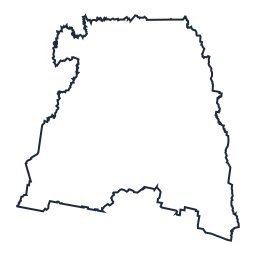 the district of Glen Innes Severn, New South Wales, Australia, rotated 180°
{"feature_id": "25037944B18987498065819", "entity_name": "Glen Innes Severn", "entity_type": "district", "adm_level": 2, "iso_a3": "AUS", "parent_name": "Australia", "parent_adm1": "New South Wales", "projection": "equal_earth", "projection_center": [152.111, -29.631], "detail": "fine", "context": "isolated", "style": "outline", "palette": "slate", "viewbox_px": 256, "rotation_deg": 180, "n_neighbors": 0, "source": "geoboundaries", "source_scale": "gbopen_adm2", "svg_char_len": 5818}
<svg xmlns="http://www.w3.org/2000/svg" viewBox="0 0 256 256"><g transform="rotate(180 128 128)"><path d="M199.9,217.5L199.4,214.8L201.6,214.0L202.3,212.8L202.0,211.8L201.3,211.6L199.9,213.7L199.0,213.8L198.9,212.2L201.2,210.7L200.8,210.1L199.5,210.1L199.2,209.1L199.9,208.6L201.4,208.9L202.8,207.9L201.8,205.2L202.7,201.6L201.9,199.3L203.3,198.2L202.7,196.9L201.0,195.9L201.1,194.4L202.1,193.7L200.7,192.1L200.3,190.1L199.6,190.8L199.0,190.4L195.4,195.5L193.7,194.8L192.2,195.6L191.7,195.2L190.5,195.7L190.4,196.3L189.1,197.5L187.3,197.3L186.1,195.8L184.4,196.5L183.7,197.5L183.9,198.6L182.7,198.8L177.5,196.7L177.9,194.9L177.5,192.1L178.0,192.0L178.5,190.5L179.0,191.2L179.5,190.5L179.1,189.0L177.9,188.4L178.3,187.4L179.1,187.1L178.8,185.9L179.6,184.5L178.8,184.4L179.2,183.1L177.9,183.1L179.3,181.6L179.3,180.0L180.0,178.7L181.3,178.1L182.9,178.7L181.4,177.5L181.7,176.6L183.1,176.8L182.2,175.7L182.8,174.3L182.4,173.4L185.0,172.9L184.7,171.3L185.8,170.3L185.5,168.7L186.6,167.7L187.5,165.7L190.1,165.5L190.8,163.8L191.9,164.4L193.4,163.7L194.6,164.2L196.0,163.1L196.4,164.6L197.4,164.4L198.3,162.3L196.9,160.6L197.2,159.3L196.2,157.8L197.6,156.0L198.5,155.9L197.8,151.6L199.6,150.0L197.7,148.4L197.7,147.5L199.4,145.7L199.8,143.8L200.8,142.9L200.9,140.1L201.8,138.1L202.4,138.2L202.9,140.3L203.7,141.1L204.7,139.1L206.8,138.7L207.1,137.0L207.6,137.8L208.5,137.8L208.2,135.2L208.7,134.0L211.5,135.1L211.7,132.9L213.8,130.9L217.7,103.5L218.8,101.8L224.8,98.3L224.7,97.3L225.4,96.7L228.7,95.2L229.7,93.7L229.5,92.8L230.3,92.3L225.2,74.6L226.4,74.8L227.0,70.7L228.5,71.0L229.8,61.7L229.5,61.1L231.9,61.0L233.2,59.4L234.6,59.4L235.4,56.3L235.1,55.3L236.5,54.5L236.4,53.5L237.2,53.0L236.9,52.2L237.5,51.6L237.7,50.3L238.8,50.2L238.8,49.6L212.8,44.7L210.9,47.3L209.5,46.2L207.7,47.8L207.5,51.0L206.1,54.9L199.0,53.5L198.8,54.3L197.6,54.4L195.8,52.5L194.3,52.9L193.9,52.3L173.0,48.5L173.5,49.5L168.0,48.6L168.1,47.2L161.0,45.9L160.9,46.8L159.2,46.6L159.5,46.3L158.4,46.1L158.5,45.5L152.8,44.5L153.8,45.4L153.9,47.8L153.0,47.6L151.6,49.5L148.2,52.0L146.3,50.5L142.9,53.2L142.8,54.3L144.2,56.1L144.2,57.3L144.8,58.0L143.3,60.4L142.1,61.0L142.2,62.2L142.9,62.9L142.4,63.5L138.3,63.7L135.9,66.2L134.3,66.7L131.9,66.0L129.2,64.3L127.5,65.5L127.4,66.5L126.4,66.7L122.5,65.0L122.0,63.9L118.5,63.4L114.4,66.6L113.7,66.5L113.6,67.2L112.7,67.1L112.6,68.1L111.6,67.9L111.5,69.0L101.9,67.1L101.6,66.0L99.1,69.4L99.2,68.6L96.2,65.5L95.4,64.0L96.6,58.2L98.0,57.2L98.5,53.8L94.0,53.0L95.4,49.4L94.3,48.5L79.7,45.4L78.9,44.2L79.9,42.7L79.5,42.9L79.0,41.3L76.2,40.8L75.5,46.4L71.5,45.7L71.1,48.9L59.9,46.2L60.1,44.9L57.8,44.5L58.4,40.2L56.6,39.9L58.2,30.6L58.0,27.9L53.0,27.0L50.4,23.4L44.9,22.4L28.2,16.0L25.0,15.4L24.4,19.8L25.0,20.5L24.2,21.7L24.0,22.5L24.5,23.0L23.7,24.2L24.4,24.1L25.0,24.9L23.5,26.5L22.3,26.9L21.7,28.0L17.2,29.0L17.5,32.8L18.4,34.4L18.3,36.6L19.2,37.9L18.9,39.5L20.7,41.3L20.5,42.4L21.4,41.7L22.4,42.2L22.7,44.4L23.5,45.8L23.0,47.7L23.6,48.7L23.6,49.7L24.5,50.3L24.6,54.4L24.3,55.5L23.6,55.9L24.5,57.8L23.3,60.0L23.9,63.5L23.8,65.8L24.3,67.2L23.9,71.1L27.7,73.2L25.6,88.5L28.1,92.9L29.2,93.6L28.5,95.3L30.1,98.2L30.2,98.7L29.2,100.1L30.6,103.6L30.1,104.8L30.4,105.7L29.2,108.7L28.4,109.3L27.8,112.5L27.5,115.7L27.8,120.1L29.5,121.0L29.1,123.8L30.9,124.1L30.8,125.1L31.5,125.3L31.3,126.7L32.3,126.9L32.7,128.9L32.2,130.4L33.9,130.7L35.7,133.1L35.8,131.8L36.3,131.9L36.1,133.1L37.5,133.4L37.5,136.7L38.8,137.6L38.7,139.0L39.7,139.2L39.3,140.6L40.3,140.8L39.8,144.1L37.2,143.7L37.1,144.6L36.6,144.6L36.2,147.5L37.3,149.2L37.5,151.4L39.0,153.0L38.4,158.0L37.3,157.8L37.2,159.1L36.1,159.0L36.0,159.7L34.7,159.5L34.3,162.5L36.6,162.9L36.4,164.0L43.4,165.3L43.0,171.8L43.6,172.3L43.5,173.9L45.2,177.2L44.0,180.1L44.0,183.8L44.8,185.3L44.7,187.6L47.1,191.0L47.4,192.7L47.0,193.3L47.3,196.1L46.6,199.4L48.0,199.9L49.4,198.7L51.5,199.0L52.2,198.2L53.5,199.4L53.2,200.4L54.0,201.9L53.5,202.3L51.7,207.2L53.2,208.9L54.0,211.1L54.7,211.3L54.0,213.9L55.8,214.4L55.5,219.6L56.1,220.4L59.2,220.5L59.6,221.7L59.5,223.3L60.6,225.6L63.1,226.3L64.3,227.4L64.8,229.3L66.6,228.2L67.8,228.9L68.3,228.3L68.8,228.8L68.9,231.7L67.9,231.7L67.8,233.1L67.9,234.5L68.4,235.0L67.4,235.1L68.8,235.5L70.5,239.5L71.0,239.5L71.3,237.8L71.9,238.0L73.0,236.4L85.0,236.4L85.2,236.9L86.0,236.4L109.2,236.1L109.5,237.7L111.5,239.2L112.3,238.3L115.8,238.3L116.4,237.8L117.0,238.8L118.3,238.9L118.9,240.1L120.7,240.6L125.4,235.1L125.4,235.7L126.4,236.2L127.0,237.4L128.1,236.5L128.0,237.2L129.2,238.9L131.7,237.3L131.7,236.4L135.6,236.5L137.8,235.7L138.0,237.2L141.8,236.4L142.7,237.3L143.6,237.3L145.7,236.0L147.5,236.8L149.3,236.5L149.8,237.8L150.8,236.7L150.7,237.5L151.5,238.2L153.5,235.1L154.7,235.4L155.0,237.6L155.6,238.1L156.6,237.6L157.0,236.7L158.6,238.3L158.9,237.8L158.3,236.9L159.0,235.7L159.8,235.2L160.5,235.9L163.1,236.1L164.5,235.2L165.0,233.1L166.2,236.2L168.0,235.4L168.4,236.6L169.2,236.7L170.6,240.4L171.2,239.4L173.0,239.1L171.8,237.0L172.7,236.6L171.9,235.6L172.4,234.7L171.4,234.5L170.9,233.0L171.2,232.5L172.4,233.0L172.6,232.3L170.0,229.5L170.9,229.4L171.0,228.4L171.7,228.5L171.8,227.4L169.8,226.3L170.3,225.2L169.5,224.3L169.7,223.3L169.1,222.3L170.8,220.1L172.1,220.2L172.4,219.5L173.1,219.5L173.3,218.5L174.2,220.2L175.8,221.1L176.6,220.3L177.9,220.3L178.2,218.1L180.3,219.3L181.6,218.4L181.8,218.9L180.3,220.3L182.3,220.3L182.4,220.9L181.6,221.3L181.8,222.9L182.8,222.0L183.1,220.8L183.9,221.4L184.1,222.6L182.2,223.8L182.7,225.6L183.5,225.5L183.9,228.0L184.6,228.4L185.2,227.8L186.2,228.6L186.5,228.3L186.0,227.3L187.1,227.2L188.9,228.3L189.3,230.9L189.9,230.1L189.7,228.9L190.6,229.6L191.7,228.9L192.2,229.8L193.4,228.1L194.5,228.8L194.1,227.1L194.6,226.1L194.1,224.7L195.6,224.9L196.8,224.0L198.8,224.6L198.7,223.9L197.3,222.4L198.5,221.0L198.6,217.6L199.9,217.5Z" fill="none" stroke="#1e293b" stroke-width="2"/></g></svg>